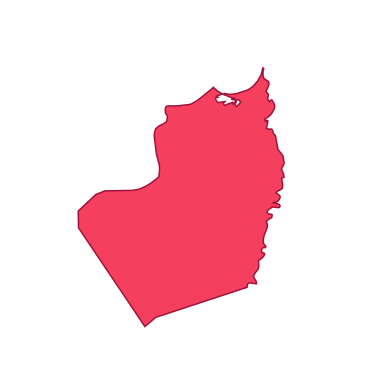 map outline of Al Buhayrah (orthographic projection), rotated 24°
{"feature_id": "EGY-1541", "entity_name": "Al Buhayrah", "entity_type": "Governorate", "adm_level": 1, "iso_a3": "EGY", "parent_name": "Egypt", "parent_adm1": "", "projection": "orthographic", "projection_center": [30.434, 30.698], "detail": "fine", "context": "isolated", "style": "filled", "palette": "rose", "viewbox_px": 384, "rotation_deg": 24, "n_neighbors": 0, "source": "natural_earth", "source_scale": "10m", "svg_char_len": 2725}
<svg xmlns="http://www.w3.org/2000/svg" viewBox="0 0 384 384"><g transform="rotate(24 192 192)"><path d="M168.9,87.7L174.6,89.5L180.2,90.1L178.9,90.9L177.2,92.9L175.9,93.6L175.8,94.5L176.1,94.8L176.5,94.8L177.1,94.9L175.2,96.1L175.8,97.5L177.4,98.8L179.0,99.8L185.4,96.0L184.6,98.1L185.4,99.1L186.7,99.3L187.4,99.2L188.0,98.0L192.6,93.6L193.1,94.5L193.7,95.0L194.0,93.9L194.4,93.3L194.6,92.6L194.8,91.2L195.8,91.2L195.7,93.1L196.0,94.6L196.7,95.5L197.8,96.1L198.4,94.9L200.0,90.1L197.7,88.9L195.5,89.4L193.3,90.6L190.6,91.2L190.6,90.1L191.0,90.0L192.1,90.2L192.6,90.1L192.6,88.9L190.2,89.7L181.2,90.1L181.2,88.9L186.9,87.4L192.2,84.4L201.5,76.1L204.8,70.7L206.9,63.5L207.5,56.1L206.2,49.9L207.3,49.9L208.0,53.3L209.4,56.6L211.5,59.0L214.5,59.6L217.1,60.0L218.5,62.1L218.8,65.6L218.7,70.0L219.3,70.6L220.7,70.9L222.1,71.7L222.7,73.6L222.9,75.3L223.6,76.5L224.6,77.4L225.9,78.0L226.0,77.3L226.5,76.1L227.4,75.4L228.6,76.0L229.2,76.7L230.5,77.5L231.1,78.0L232.0,78.9L232.7,80.1L233.1,81.5L233.3,83.3L233.0,86.9L232.1,90.3L230.8,93.1L229.1,95.0L229.1,96.1L229.7,96.5L229.8,96.6L229.8,96.8L230.2,97.4L231.1,97.4L231.1,96.1L232.2,96.1L232.9,97.6L233.8,102.4L233.8,103.4L236.4,103.5L236.4,103.4L237.2,103.3L237.7,102.8L238.3,102.3L239.4,102.2L240.6,102.9L242.3,105.2L243.2,105.8L244.8,106.3L246.0,107.6L253.1,118.0L260.3,121.9L261.4,123.5L261.8,124.3L263.9,127.2L264.6,129.0L264.7,130.8L264.2,133.4L264.6,134.9L265.9,136.0L268.5,138.6L270.1,141.2L268.3,142.4L268.6,143.4L272.2,149.1L273.0,152.0L271.7,154.3L269.6,156.7L269.2,158.6L272.5,159.3L274.2,160.0L274.8,161.7L274.7,163.7L274.2,165.5L273.5,166.5L269.9,169.0L274.6,168.0L276.8,167.9L278.3,169.0L278.0,170.6L276.1,171.6L272.1,172.7L271.2,173.7L269.7,175.8L268.6,178.2L268.9,180.1L271.0,180.9L273.0,180.2L274.6,180.3L275.3,183.2L274.5,183.8L272.9,186.2L271.9,188.7L272.6,189.8L274.0,190.6L274.8,192.5L275.2,195.1L275.6,202.7L276.6,207.0L278.5,210.1L281.6,211.6L281.6,213.0L279.9,213.7L279.1,214.9L279.1,216.4L279.6,217.8L280.4,218.8L281.4,218.7L282.5,218.5L283.7,218.9L283.6,221.5L282.9,223.8L281.8,225.9L280.6,227.5L282.7,231.5L283.5,233.5L283.8,235.4L283.5,237.2L282.8,239.5L282.4,242.1L282.8,244.6L287.2,247.7L288.2,249.7L281.1,251.7L280.1,254.1L281.1,256.6L209.9,321.2L203.7,334.1L102.9,270.9L95.8,255.7L105.1,233.5L111.9,226.4L137.0,214.7L142.6,210.9L147.5,205.5L151.4,199.7L155.5,191.8L153.5,185.2L151.3,180.8L144.3,172.2L134.6,156.1L133.5,152.9L133.1,148.9L135.3,144.6L138.1,141.4L140.0,138.3L140.1,137.3L138.7,132.6L135.7,130.7L134.7,128.9L134.1,128.0L134.0,127.4L133.8,126.9L133.6,125.4L133.7,124.7L133.9,124.1L134.1,123.8L134.9,123.2L143.5,119.3L153.9,113.2L155.6,111.8L159.8,106.0L168.6,88.8L168.9,87.7Z" fill="#f43f5e" stroke="#9f1239" stroke-width="1.5"/></g></svg>